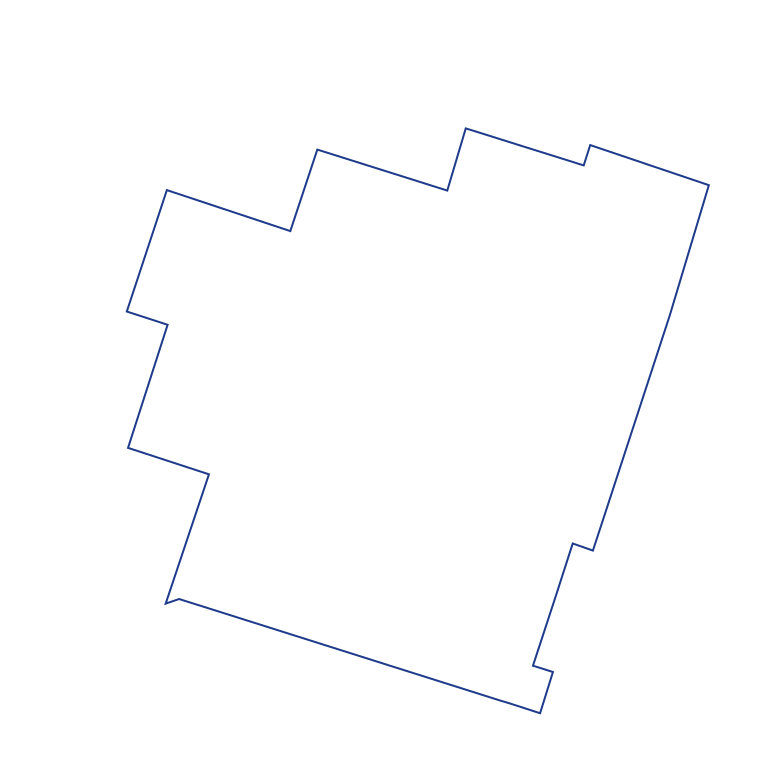 Fairfield, Ohio, United States of America, rotated 194°
{"feature_id": "52423323B60724250997999", "entity_name": "Fairfield", "entity_type": "district", "adm_level": 2, "iso_a3": "USA", "parent_name": "United States of America", "parent_adm1": "Ohio", "projection": "mercator", "projection_center": [-82.654, 39.748], "detail": "fine", "context": "isolated", "style": "outline", "palette": "blue", "viewbox_px": 768, "rotation_deg": 194, "n_neighbors": 0, "source": "geoboundaries", "source_scale": "gbopen_adm2", "svg_char_len": 466}
<svg xmlns="http://www.w3.org/2000/svg" viewBox="0 0 768 768"><g transform="rotate(194 384 384)"><path d="M137.9,315.6L123.3,520.1L116.9,655.5L241.7,665.7L243.1,644.4L366.5,651.8L369.4,587.0L505.4,595.3L511.9,509.7L641.6,519.6L651.1,392.1L608.3,389.1L616.9,260.1L532.0,254.0L542.7,118.1L530.8,125.8L195.4,105.0L184.6,104.5L152.9,102.3L150.4,145.4L171.3,146.7L165.9,221.3L162.3,274.9L141.0,272.9L137.9,315.6Z" fill="none" stroke="#1e3a8a" stroke-width="2"/></g></svg>